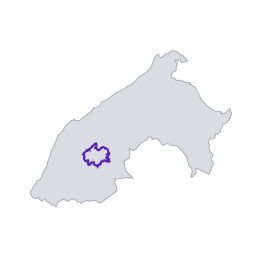 La Convencion, Cusco, Peru shown in context, rotated 83°
{"feature_id": "86281439B48996208982152", "entity_name": "La Convencion", "entity_type": "district", "adm_level": 2, "iso_a3": "PER", "parent_name": "Peru", "parent_adm1": "Cusco", "projection": "mercator", "projection_center": [-72.836, -12.335], "detail": "fine", "context": "in_parent", "style": "outline", "palette": "violet", "viewbox_px": 256, "rotation_deg": 83, "n_neighbors": 0, "source": "geoboundaries", "source_scale": "gbopen_adm2", "svg_char_len": 8246}
<svg xmlns="http://www.w3.org/2000/svg" viewBox="0 0 256 256"><g transform="rotate(83 128 128)"><path d="M184.7,70.5L184.7,71.2L183.8,71.6L182.9,71.0L181.7,71.2L179.8,69.5L175.4,69.8L173.4,71.8L170.5,72.2L167.3,73.1L163.6,73.5L157.9,76.7L156.6,78.0L154.0,79.9L151.9,80.5L150.8,86.3L148.8,89.6L148.0,91.5L149.1,94.3L149.1,95.7L147.9,96.8L147.0,96.9L145.0,98.1L142.1,100.6L141.6,102.6L142.5,105.2L142.2,105.5L139.8,106.0L139.8,107.5L139.3,108.0L141.4,110.1L142.5,110.6L142.6,111.1L142.4,111.6L141.9,111.9L141.9,112.3L143.4,113.9L144.4,117.0L146.6,118.5L146.6,119.5L147.2,120.5L148.3,121.2L150.9,124.4L151.0,125.8L148.3,129.1L152.7,129.1L157.6,130.2L158.3,130.8L158.9,132.3L158.9,133.3L159.9,134.1L159.8,135.9L166.3,135.9L170.4,135.4L177.2,129.9L178.3,129.4L177.7,130.6L177.6,131.5L178.0,132.5L177.2,133.8L177.1,147.4L178.4,146.7L180.0,147.9L181.1,148.0L184.8,146.5L189.1,146.7L199.2,164.5L198.3,165.7L198.3,166.7L197.1,167.4L195.9,168.9L195.8,176.0L194.8,178.2L195.4,179.3L195.9,181.6L196.8,182.9L197.1,183.8L197.0,184.1L195.6,184.9L195.5,186.2L193.0,188.8L192.5,190.5L191.6,191.1L191.4,193.0L193.7,196.2L192.2,198.1L190.9,200.9L193.2,206.9L194.1,207.7L195.1,207.7L196.6,208.2L197.4,209.1L195.5,210.2L195.2,210.7L195.4,212.7L193.4,214.1L190.7,217.9L189.9,218.1L188.6,219.2L188.3,219.8L188.6,220.3L189.7,221.4L189.9,222.8L187.9,224.5L186.5,224.7L186.0,225.2L186.6,227.5L186.6,228.5L186.2,229.8L185.2,231.1L182.3,232.5L179.7,232.7L175.2,229.3L173.8,227.9L169.3,224.9L168.6,221.8L167.1,220.3L164.4,219.2L162.2,217.6L160.6,216.9L156.6,213.4L152.9,212.3L146.1,208.7L142.4,207.5L137.7,204.1L135.2,203.2L133.1,201.6L127.0,198.3L126.0,197.2L125.0,195.5L123.7,194.6L122.1,192.3L119.8,191.0L117.6,189.2L114.9,184.5L113.6,183.4L113.5,181.2L112.6,180.3L114.0,179.6L114.8,176.2L114.4,174.6L111.2,170.1L110.6,168.2L108.3,164.8L107.5,162.8L105.7,161.3L104.9,160.0L103.9,159.4L103.9,157.9L103.1,154.9L102.1,153.4L98.5,150.6L98.2,147.5L97.3,145.4L92.3,136.9L89.4,128.7L86.9,124.1L85.9,121.5L85.8,120.1L84.0,117.7L83.0,115.4L78.9,111.2L76.5,106.5L76.2,105.1L74.6,102.5L71.9,99.1L70.6,97.7L62.8,93.6L59.0,91.0L58.6,89.7L58.8,89.0L59.6,88.3L60.7,88.8L61.4,88.6L62.0,87.7L62.0,86.3L61.3,84.5L58.7,81.0L59.4,79.4L56.8,75.4L57.5,71.4L58.0,70.5L61.9,66.5L62.9,64.8L64.5,63.7L66.2,62.1L68.2,60.9L68.8,61.3L69.4,63.4L69.3,64.9L69.9,66.4L68.5,67.9L67.0,67.6L66.4,67.9L66.1,68.6L66.4,69.7L66.8,70.1L67.9,70.2L66.4,72.2L66.5,72.7L67.6,73.0L68.6,72.5L69.7,71.3L70.3,71.1L74.2,73.2L75.9,72.9L77.3,73.9L77.5,75.4L79.4,78.3L82.3,79.0L82.8,78.7L83.4,77.7L84.0,77.5L84.2,75.9L86.7,74.2L87.0,73.0L86.7,72.1L86.7,71.5L88.2,67.7L88.7,67.3L89.1,66.0L89.7,65.3L90.5,61.0L91.2,61.0L91.8,62.1L92.6,61.8L92.2,60.8L92.3,60.5L95.1,57.1L95.9,56.3L109.2,51.6L115.9,46.8L121.7,40.0L123.5,33.2L124.2,33.7L125.3,33.5L124.9,30.7L125.2,29.4L125.2,29.0L123.3,27.4L122.6,25.6L121.0,24.6L121.1,24.2L122.8,24.5L124.3,24.4L125.6,23.3L126.6,23.3L128.7,24.9L130.4,25.0L130.9,26.1L132.4,26.9L134.7,29.3L135.7,31.9L135.6,32.4L136.6,33.7L138.8,34.4L140.9,36.2L143.1,36.8L144.1,38.5L144.8,39.1L145.1,40.1L144.7,41.2L145.0,41.8L146.7,42.8L148.1,42.9L148.4,43.4L149.2,46.2L148.7,47.6L148.9,48.4L150.7,49.1L151.3,49.7L152.7,49.8L154.8,49.2L157.4,50.1L159.4,49.8L160.3,49.6L161.3,48.9L162.0,49.0L164.1,47.2L164.7,47.0L166.8,47.8L168.6,49.0L170.9,48.8L171.8,48.0L173.5,47.6L176.4,49.1L177.1,49.8L177.9,50.0L181.0,51.5L181.6,52.1L183.3,52.7L183.6,53.2L183.5,53.7L176.1,65.3L178.4,66.3L180.5,65.7L181.7,66.5L182.5,68.4L184.2,69.6L184.7,70.5Z" fill="#d9dde1" stroke="#a8b0b8" stroke-width="1"/><path d="M153.2,175.5L153.5,175.1L153.8,175.0L154.1,175.1L154.5,174.9L154.8,174.6L155.0,174.7L155.2,174.4L155.4,174.5L155.6,174.2L155.7,173.8L155.6,173.4L155.7,172.8L155.5,172.7L155.4,172.5L155.5,172.3L155.3,172.3L155.3,172.0L155.1,171.5L155.5,171.3L155.8,171.2L156.4,171.5L156.6,171.7L156.8,171.8L157.0,172.0L157.5,172.3L157.7,172.1L158.0,172.1L158.5,171.8L158.4,171.6L158.6,171.5L158.8,171.7L159.0,171.7L159.1,171.9L159.3,171.9L159.3,171.7L159.4,171.4L159.7,171.5L159.8,171.1L159.9,170.9L160.0,170.6L159.8,170.5L159.8,170.4L159.5,170.2L159.4,169.9L159.3,169.7L158.9,169.6L158.7,169.6L158.4,169.4L158.1,168.9L158.1,168.7L157.9,168.5L157.8,168.2L157.9,167.8L157.7,167.6L157.8,167.0L157.9,166.7L158.2,166.5L157.9,166.3L157.7,166.1L157.8,166.0L158.1,166.0L158.3,166.2L158.9,166.3L159.3,166.4L159.6,166.3L159.8,166.3L159.9,166.2L160.2,166.1L160.3,165.9L160.5,165.4L160.5,165.1L160.8,164.7L161.0,164.7L161.1,164.2L161.2,163.8L161.3,163.8L161.3,163.6L161.7,163.5L161.8,163.4L162.1,163.4L162.3,163.1L162.2,162.9L162.3,162.6L162.5,162.6L162.4,162.5L162.1,162.4L161.5,162.1L161.5,161.8L161.4,161.7L161.2,161.7L160.9,161.6L160.7,161.5L160.8,161.0L160.7,160.7L160.9,160.4L160.8,160.2L160.8,159.7L159.9,159.4L159.3,159.5L158.8,159.4L158.8,159.0L159.0,158.8L158.7,158.7L158.0,158.4L158.1,158.0L158.1,157.9L158.0,157.5L158.1,157.1L157.5,156.8L157.5,156.5L157.7,156.4L157.6,156.2L157.1,155.7L157.1,155.4L157.3,155.2L157.5,154.9L157.5,154.7L157.9,154.6L158.0,154.4L158.4,154.0L158.4,153.8L158.3,153.7L158.5,153.4L158.4,153.2L158.5,153.1L158.4,153.0L158.6,152.8L158.6,152.6L158.6,152.2L158.8,151.9L159.1,151.7L159.2,151.2L158.9,151.1L158.7,151.2L158.7,150.9L158.4,150.8L158.3,151.0L158.2,151.0L158.2,150.9L158.1,151.0L157.9,151.0L157.6,151.1L157.5,151.3L157.4,151.2L157.4,151.3L157.4,151.2L157.3,151.4L157.2,151.3L157.1,151.5L156.9,151.6L156.7,151.7L156.6,151.8L156.6,151.7L156.5,151.8L156.5,151.7L156.4,151.8L156.2,151.9L156.3,151.9L156.2,152.0L156.2,151.9L156.1,152.0L156.0,152.3L155.9,152.3L155.9,152.1L155.8,152.3L155.7,152.3L155.6,152.2L155.3,152.3L155.3,152.2L155.2,152.3L155.2,152.2L155.0,152.3L155.0,152.2L154.8,152.2L154.7,151.9L154.6,152.0L154.6,151.8L154.4,151.8L154.4,151.7L154.1,151.8L154.0,151.6L153.9,151.6L153.8,151.4L153.7,151.3L153.3,151.5L153.1,151.6L152.9,151.7L153.0,151.5L152.9,151.5L152.7,151.6L152.4,151.7L152.5,151.6L152.4,151.6L152.4,151.4L152.3,151.5L152.2,151.4L152.0,151.5L152.0,151.3L151.9,151.4L151.9,151.2L151.8,151.4L151.5,151.2L151.4,151.3L151.5,151.4L151.4,151.3L151.4,151.2L151.5,151.1L151.2,151.2L151.1,150.9L151.3,151.0L151.4,150.8L151.1,150.8L151.1,150.6L151.3,150.6L151.2,150.4L150.9,149.8L151.0,149.8L150.9,149.7L150.4,149.9L150.3,150.3L149.9,150.5L149.7,150.4L149.1,150.6L148.7,150.6L148.4,150.6L148.2,150.7L147.7,150.9L147.1,150.8L146.7,150.9L146.7,151.1L146.4,151.3L146.3,151.5L146.1,151.6L145.9,151.7L145.6,152.0L145.5,152.3L145.4,152.4L145.3,152.5L145.2,152.7L145.5,153.1L145.6,153.4L145.3,153.5L145.1,153.4L145.0,153.7L144.3,154.1L143.8,154.8L143.7,155.1L144.2,155.8L144.2,156.0L144.1,156.3L144.1,156.9L144.4,157.1L144.9,157.2L145.1,157.4L145.4,157.9L145.7,158.1L145.6,158.3L145.8,158.5L145.7,158.6L145.8,158.8L146.1,158.8L146.1,159.0L146.1,159.3L146.0,159.5L146.1,159.8L146.3,159.9L146.6,160.1L146.5,160.3L146.2,160.4L145.7,160.5L145.3,161.3L145.3,161.5L145.0,161.7L144.8,161.6L144.5,161.8L144.3,161.9L144.2,161.9L144.0,162.4L144.0,163.0L143.9,163.2L143.6,163.1L143.2,162.9L143.2,162.5L142.9,162.2L142.7,161.9L142.3,161.8L141.6,161.3L141.3,161.4L141.1,161.5L140.7,161.5L140.2,161.3L139.9,161.5L139.6,161.5L139.7,161.9L139.7,162.3L139.8,162.6L139.7,162.8L140.0,162.8L140.2,163.1L140.5,163.4L140.8,164.0L141.0,164.4L141.0,164.9L141.1,165.0L141.2,164.9L141.4,164.9L141.6,165.4L141.6,165.8L142.1,166.3L142.3,166.3L142.3,166.1L142.5,166.1L142.6,166.4L142.8,166.5L143.2,167.1L143.6,167.6L143.6,167.8L143.7,168.1L144.0,168.2L144.0,168.5L144.7,169.1L144.6,169.3L144.7,169.5L144.8,169.6L145.0,169.5L144.9,169.7L144.9,170.0L144.7,170.1L144.8,170.2L144.8,170.3L145.1,170.3L145.3,170.3L145.2,170.7L145.1,170.8L145.1,171.0L145.2,170.9L145.4,171.1L145.6,171.2L145.5,171.4L145.6,171.5L145.7,171.8L145.8,171.8L146.0,172.0L146.0,172.3L146.1,172.5L146.3,172.9L146.3,173.0L146.5,173.4L146.7,173.5L146.8,173.6L146.7,173.8L146.8,173.9L147.1,174.0L147.2,174.3L147.4,174.4L147.4,174.6L147.7,174.7L147.7,174.8L147.8,174.8L148.0,175.0L148.3,175.0L148.5,175.1L148.6,175.3L148.7,175.5L148.8,175.3L148.9,175.2L149.0,175.1L149.2,175.4L149.4,175.3L149.4,175.5L149.5,175.5L149.9,175.3L150.1,175.0L150.3,175.1L150.9,174.8L151.2,174.8L151.5,174.7L151.8,174.8L151.9,175.1L152.1,175.1L152.4,175.2L152.5,175.1L152.9,175.2L152.9,175.3L152.9,175.5L153.0,175.6L153.2,175.5Z" fill="none" stroke="#5b21b6" stroke-width="2"/></g></svg>